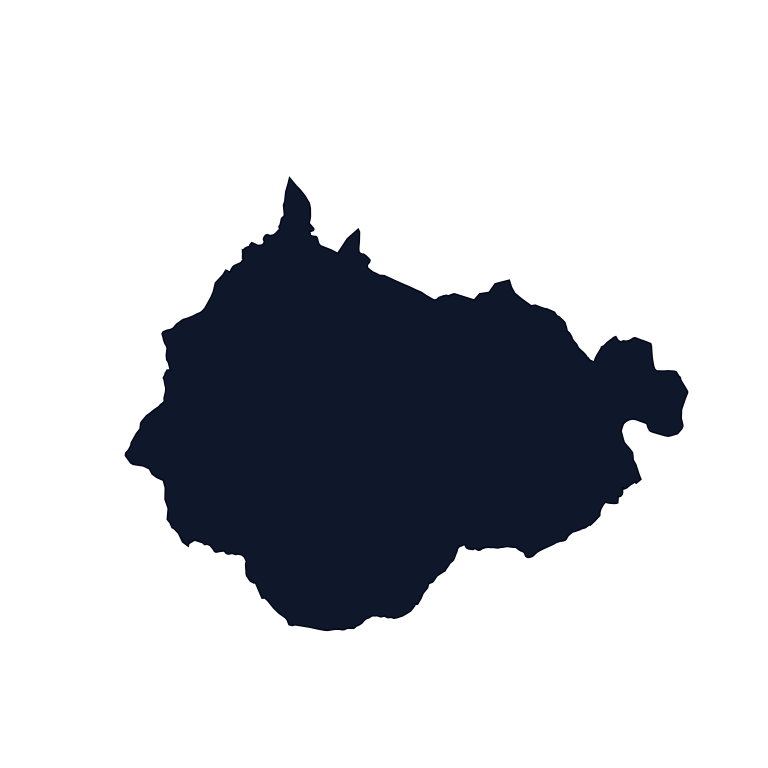 Sohodol, Alba, Romania (Mercator projection), rotated 60°
{"feature_id": "2599482B95775637612749", "entity_name": "Sohodol", "entity_type": "district", "adm_level": 2, "iso_a3": "ROU", "parent_name": "Romania", "parent_adm1": "Alba", "projection": "mercator", "projection_center": [22.993, 46.327], "detail": "fine", "context": "isolated", "style": "filled", "palette": "ink", "viewbox_px": 768, "rotation_deg": 60, "n_neighbors": 0, "source": "geoboundaries", "source_scale": "gbopen_adm2", "svg_char_len": 6170}
<svg xmlns="http://www.w3.org/2000/svg" viewBox="0 0 768 768"><g transform="rotate(60 384 384)"><path d="M426.6,634.6L424.6,632.8L424.5,626.1L430.5,620.6L433.4,619.6L434.4,617.2L436.7,615.3L441.6,614.5L444.2,614.5L445.3,613.9L446.0,612.8L446.5,610.9L448.4,606.3L449.4,605.7L451.4,605.5L452.6,604.8L453.8,603.3L454.4,601.1L454.9,600.0L457.4,597.9L458.3,595.4L460.3,593.2L461.2,592.4L464.1,591.5L468.7,591.8L470.2,593.4L471.6,594.3L480.1,598.5L482.0,598.9L483.3,598.5L484.7,598.7L488.0,598.3L491.3,596.2L491.8,594.7L508.5,596.7L509.7,594.2L513.2,593.1L523.1,591.5L530.1,589.5L536.8,586.4L539.8,585.8L544.9,586.6L547.2,584.4L548.1,581.4L557.6,569.7L562.5,564.4L567.8,558.2L569.3,555.8L572.0,548.8L574.1,545.3L576.2,542.7L577.0,540.5L577.0,538.7L577.6,537.1L580.4,532.5L580.4,531.4L579.9,529.4L579.9,528.4L580.2,525.7L580.0,522.7L578.8,519.4L578.4,516.8L579.0,513.6L578.7,510.9L579.6,508.6L580.5,507.4L580.9,506.1L584.1,503.2L585.2,499.7L588.2,497.6L589.8,494.3L591.9,492.5L592.9,489.5L594.1,483.6L594.0,475.5L593.7,473.9L591.4,468.3L590.2,467.3L590.7,466.3L591.3,465.6L591.5,465.1L588.2,459.2L584.8,454.8L582.3,448.2L579.2,445.1L579.8,441.3L579.6,440.0L576.7,434.1L576.3,427.2L576.4,424.8L575.4,423.1L573.3,418.6L572.2,416.8L571.8,414.3L571.2,412.0L569.8,409.9L566.7,406.3L565.8,404.9L563.6,402.8L562.8,401.5L562.5,400.2L563.1,396.4L562.9,395.5L563.1,394.5L563.6,394.3L564.7,394.5L565.9,394.6L567.6,394.3L569.0,393.3L571.5,390.2L571.8,389.7L571.9,387.7L572.2,387.2L574.0,386.3L575.2,385.3L575.8,384.1L575.9,383.0L575.5,381.3L575.8,380.7L576.4,377.8L577.6,375.1L578.7,373.8L580.2,371.0L582.9,367.5L583.9,364.4L585.1,361.9L585.6,360.1L586.6,358.1L589.8,354.0L590.9,352.0L591.6,351.3L594.4,350.3L596.9,349.0L598.1,347.8L599.5,347.1L600.6,346.8L602.5,347.2L604.1,347.3L605.0,347.0L606.0,346.3L606.8,344.8L607.5,341.5L606.2,335.9L606.1,332.3L606.4,327.4L607.4,317.7L607.4,314.0L607.6,312.9L607.9,311.8L608.1,310.4L608.4,309.5L608.9,308.8L609.7,306.1L609.8,305.0L609.4,303.8L607.7,300.8L607.2,299.2L606.5,295.0L606.6,293.9L607.3,291.8L607.4,290.8L608.1,287.4L608.2,284.9L609.0,282.3L609.1,281.0L608.7,277.6L608.9,276.3L609.4,275.9L608.0,269.9L605.8,262.9L602.8,261.0L600.5,258.4L598.5,255.1L597.5,253.1L597.1,251.3L599.6,248.7L601.4,246.1L602.6,244.3L603.5,242.3L603.8,241.0L598.6,237.5L599.1,236.7L599.5,235.5L599.2,234.0L598.4,232.6L597.3,231.6L592.9,229.4L593.8,228.9L594.9,228.8L595.3,225.8L594.4,220.5L594.5,219.0L594.3,215.7L596.0,215.2L595.0,209.1L590.3,208.5L579.7,206.2L574.8,206.2L573.8,205.9L571.0,204.5L567.6,203.1L563.3,203.6L556.5,204.9L554.5,205.1L551.8,204.5L543.4,202.2L541.1,200.0L538.3,196.7L537.6,194.2L537.4,192.0L537.7,188.8L538.7,186.2L540.3,184.0L549.2,176.5L550.2,176.3L553.6,177.1L557.0,177.3L558.2,176.7L560.1,175.3L569.4,166.3L571.3,164.0L572.0,162.0L573.8,154.6L571.6,148.4L570.0,146.3L568.8,145.7L562.2,143.7L554.9,139.1L547.5,130.7L543.5,125.6L542.4,124.9L540.1,124.8L529.2,125.0L527.1,124.3L526.1,124.2L524.8,124.7L519.5,124.9L518.0,126.3L514.7,131.3L512.9,134.9L511.1,138.0L509.9,139.8L509.1,141.4L506.5,142.1L503.9,141.7L499.3,140.1L494.9,138.4L484.5,133.3L482.4,132.8L477.4,136.7L474.3,139.5L469.5,143.3L468.9,145.0L469.1,148.7L468.8,150.5L468.0,153.0L466.3,155.0L466.1,157.0L465.7,158.1L463.5,159.3L462.1,159.6L458.9,159.5L458.5,161.7L458.9,164.1L459.6,169.8L460.9,174.5L460.7,177.2L461.7,178.3L463.2,180.9L465.1,184.5L467.2,187.8L470.1,191.1L466.1,193.9L463.7,194.1L462.3,194.7L459.8,194.8L455.9,195.7L453.1,196.7L449.8,197.6L445.8,197.3L442.4,198.1L439.5,198.3L436.2,197.8L432.3,197.9L430.9,198.5L429.3,198.8L426.5,197.8L421.2,196.6L418.0,197.3L413.4,198.7L411.1,200.3L407.2,200.4L403.4,203.1L400.4,205.4L399.0,207.2L396.4,209.5L391.4,213.5L389.8,217.5L379.3,222.2L370.7,225.4L363.9,225.2L356.7,223.6L352.8,237.7L357.2,247.2L353.7,256.1L356.4,263.9L341.1,277.9L340.5,279.7L339.9,283.9L339.5,284.8L338.5,285.3L337.4,288.5L336.5,293.4L337.2,295.7L336.7,298.1L335.3,299.3L327.9,303.6L323.4,305.7L318.3,309.5L314.2,312.3L301.5,321.7L290.3,329.6L287.7,333.5L284.7,335.3L281.9,337.4L278.7,338.9L275.2,340.1L272.8,339.2L271.9,337.5L271.4,335.9L270.0,334.3L268.8,334.2L264.3,335.4L261.4,336.7L260.5,338.2L257.7,339.8L254.2,338.3L247.5,333.7L240.1,329.2L237.0,328.9L239.9,343.1L247.7,358.8L241.8,362.5L232.5,369.9L229.6,370.3L227.1,369.7L225.0,369.0L223.3,368.8L222.3,369.1L221.5,370.4L220.0,372.2L218.6,373.4L218.0,373.2L217.4,372.9L215.1,372.4L215.3,370.6L215.7,368.5L215.1,367.5L214.3,367.2L213.3,367.3L207.3,368.5L204.8,366.1L202.5,364.2L195.1,360.0L190.1,358.3L181.4,358.4L173.6,359.6L168.8,360.9L158.2,362.7L162.7,367.0L168.4,373.0L176.2,378.6L178.8,381.6L185.4,384.6L188.0,385.9L188.5,386.6L189.1,388.5L189.2,389.6L189.8,390.4L191.9,392.2L193.6,393.8L194.5,394.8L194.8,395.7L195.5,396.4L198.0,397.1L198.2,398.7L199.2,401.9L199.7,404.9L198.8,407.9L197.9,409.1L196.3,410.3L196.0,411.4L196.0,412.3L196.3,413.3L197.3,415.0L198.1,415.8L198.9,416.2L200.4,416.3L201.3,416.9L202.3,418.2L202.5,420.5L201.3,423.3L200.1,424.7L198.3,425.7L195.4,428.0L195.9,429.0L196.6,430.8L197.9,430.8L197.5,432.0L197.2,433.3L196.9,435.1L196.9,436.5L197.4,438.2L198.1,438.8L197.1,439.5L200.4,441.2L204.2,443.6L205.4,442.9L207.3,447.2L207.3,448.0L206.6,454.2L206.8,456.0L207.8,458.1L209.2,460.2L210.3,461.4L206.3,464.1L208.8,468.5L212.2,479.5L218.7,485.6L222.2,490.2L229.0,501.5L230.2,505.7L230.3,507.8L229.8,510.8L229.7,515.1L228.9,520.9L227.7,525.8L228.4,533.6L230.2,538.6L230.1,541.5L228.9,545.1L228.4,549.3L229.6,551.1L233.6,552.1L235.2,552.7L239.4,553.5L242.2,553.4L244.7,554.0L250.3,558.2L254.4,560.1L256.0,559.9L258.0,560.1L265.0,562.1L263.8,564.3L263.5,565.2L264.8,566.8L264.9,567.7L266.6,569.3L268.2,571.9L268.9,572.2L270.1,572.2L274.7,573.9L277.9,574.8L279.9,575.9L282.2,577.7L286.3,581.6L289.1,582.9L289.7,584.6L290.2,588.3L291.0,590.1L291.5,596.1L292.5,602.8L292.7,605.5L295.4,612.9L296.4,614.4L300.9,617.7L303.1,623.2L308.7,632.5L310.0,633.4L310.9,634.3L313.3,638.2L314.6,642.1L316.7,643.8L325.9,642.8L328.2,641.4L334.5,633.5L340.1,629.6L346.1,629.8L351.2,627.6L357.1,623.3L364.5,625.3L374.4,631.3L383.9,633.1L392.9,639.4L397.3,638.7L402.3,639.4L404.3,638.1L410.7,636.6L420.1,637.4L426.6,634.6Z" fill="#0f172a" stroke="#020617" stroke-width="1.5"/></g></svg>